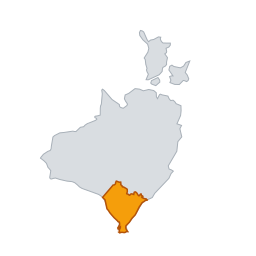 Ida-Viru highlighted on a map of Estonia, rotated 120°
{"feature_id": "EST-1655", "entity_name": "Ida-Viru", "entity_type": "County", "adm_level": 1, "iso_a3": "EST", "parent_name": "Estonia", "parent_adm1": "", "projection": "mercator", "projection_center": [27.147, 59.161], "detail": "fine", "context": "in_parent", "style": "filled", "palette": "amber", "viewbox_px": 256, "rotation_deg": 120, "n_neighbors": 0, "source": "natural_earth", "source_scale": "10m", "svg_char_len": 3904}
<svg xmlns="http://www.w3.org/2000/svg" viewBox="0 0 256 256"><g transform="rotate(120 128 128)"><path d="M197.9,188.7L197.2,188.8L193.0,188.1L188.4,185.8L186.3,184.1L184.4,184.2L182.0,185.3L173.3,188.5L171.2,187.8L166.3,184.6L163.8,181.1L158.3,174.2L157.8,172.6L157.1,171.3L151.2,169.6L149.0,167.0L147.2,166.7L144.5,165.4L137.6,159.9L135.9,159.4L135.4,160.3L135.6,161.6L135.1,162.4L134.2,162.3L132.6,160.3L130.7,158.5L124.7,161.9L122.6,162.8L120.7,163.0L111.2,167.4L108.3,169.7L107.1,169.5L107.4,167.2L111.3,156.1L112.0,147.3L113.5,146.1L113.9,144.8L113.3,142.0L109.2,140.2L107.5,140.4L106.0,143.5L104.5,145.7L100.8,147.0L97.7,144.7L90.4,141.6L88.6,137.5L88.1,133.3L84.3,129.3L82.7,124.5L83.3,121.2L86.8,119.0L87.8,117.1L83.4,117.4L82.5,116.9L82.3,115.2L80.4,109.4L82.1,107.0L82.9,104.8L81.4,102.9L81.8,100.7L82.9,98.5L82.2,93.3L86.6,90.6L90.9,88.7L99.9,87.7L99.0,82.9L102.7,82.7L108.8,77.0L114.9,78.0L123.7,74.1L140.7,74.2L143.0,71.9L142.6,69.6L142.7,67.2L145.9,67.9L151.2,67.4L171.2,72.2L176.1,72.2L182.9,77.1L186.6,78.3L197.4,78.3L214.1,80.5L217.4,77.2L217.7,76.3L219.3,78.2L221.3,81.1L221.9,82.8L221.2,83.8L219.2,84.7L218.7,85.6L217.8,87.1L215.5,87.4L214.3,88.5L212.8,93.5L210.1,101.7L206.0,107.9L202.8,111.4L201.3,114.0L200.4,117.1L200.2,120.2L203.3,137.4L203.3,140.4L202.5,143.6L202.0,146.8L202.4,149.6L204.5,154.3L206.7,161.4L207.6,165.8L209.0,167.5L210.4,168.7L210.7,169.4L210.7,170.2L209.9,171.1L203.6,173.5L202.8,175.4L202.1,177.6L199.4,180.9L198.5,184.0L198.0,187.4L197.9,188.7ZM55.9,126.7L58.1,128.1L60.0,127.6L62.0,126.7L66.3,127.6L76.2,134.6L77.1,136.5L71.2,137.3L69.9,139.5L68.5,141.0L66.8,141.4L64.0,144.4L60.1,147.3L59.3,149.0L52.4,148.7L48.6,149.8L45.5,153.0L44.2,159.2L42.0,164.0L39.7,165.8L37.3,166.0L36.8,164.2L37.0,162.4L42.0,155.6L43.0,153.4L40.5,152.4L38.5,150.0L33.9,147.2L33.0,145.0L34.1,144.8L35.1,144.2L36.4,142.3L36.9,140.1L33.3,133.8L35.1,132.8L37.5,133.1L39.9,134.9L42.5,132.7L43.6,132.4L45.4,133.2L47.3,129.0L51.6,127.6L53.8,126.3L55.9,126.7ZM65.1,114.8L62.7,117.7L61.2,116.5L60.4,115.1L57.3,121.6L53.7,122.7L51.6,121.4L51.8,119.0L49.7,112.7L46.6,110.8L42.3,110.6L39.1,108.0L51.3,106.2L52.5,103.2L55.0,100.0L56.9,99.7L58.5,100.4L58.8,102.9L59.2,103.9L64.7,105.3L66.9,109.4L67.7,114.4L65.1,114.8ZM77.7,130.8L75.2,131.3L69.3,127.3L70.7,124.5L72.4,123.4L77.4,125.1L78.1,129.3L77.7,130.8Z" fill="#d9dde1" stroke="#a8b0b8" stroke-width="1"/><path d="M217.9,76.5L218.5,77.6L219.9,78.3L220.5,79.0L221.2,80.8L221.5,81.3L221.8,81.7L222.6,82.4L223.0,82.8L222.8,83.9L222.1,83.4L220.8,84.5L218.3,84.7L217.4,85.2L219.6,86.1L220.3,86.1L219.7,86.9L216.1,86.8L214.5,87.8L213.8,88.6L214.1,89.7L213.6,90.9L212.6,95.3L210.9,100.2L210.4,101.5L209.1,103.9L208.8,105.2L208.2,106.1L205.5,108.5L201.7,112.0L200.8,115.3L200.7,115.3L186.1,112.6L185.1,112.5L184.9,112.4L184.7,112.2L184.3,111.6L183.5,111.1L182.8,111.0L182.5,111.0L182.1,111.1L181.3,111.5L180.6,111.5L180.4,111.5L180.2,111.6L179.9,111.6L179.7,111.3L179.6,110.4L179.5,109.2L179.3,108.9L179.3,108.6L179.2,108.4L179.2,108.1L178.5,107.3L179.5,106.5L180.5,106.1L180.7,105.9L180.8,105.6L180.8,105.2L180.9,104.8L181.0,104.3L181.5,103.9L181.7,103.6L181.7,103.2L181.3,102.4L181.3,99.1L181.4,98.2L181.6,97.9L183.6,96.7L185.2,96.4L185.5,96.3L185.6,96.0L185.5,95.7L185.3,95.1L185.5,93.4L185.4,93.0L185.1,92.8L184.1,92.7L183.7,92.5L183.2,91.9L183.0,91.4L182.7,89.8L180.6,90.5L180.4,90.4L180.0,90.1L179.6,89.5L179.8,88.1L181.1,85.6L181.3,84.8L181.2,84.5L181.0,84.4L179.7,84.2L179.1,84.2L178.9,84.1L178.7,83.8L178.6,83.6L179.2,83.1L179.7,82.5L179.6,81.3L179.7,81.1L179.9,80.9L180.1,80.7L180.3,80.7L180.5,80.9L181.0,81.4L181.2,81.0L181.1,79.7L181.1,79.0L180.9,78.4L180.5,77.2L180.4,76.9L180.3,76.6L180.5,76.2L180.7,75.4L180.8,75.3L182.2,76.8L183.6,77.3L184.9,78.1L185.5,78.4L190.9,78.8L195.6,78.5L199.6,78.3L204.3,79.4L208.9,79.7L213.6,80.9L214.8,80.5L216.0,79.7L216.9,78.5L217.9,76.5Z" fill="#f59e0b" stroke="#b45309" stroke-width="1.5"/></g></svg>